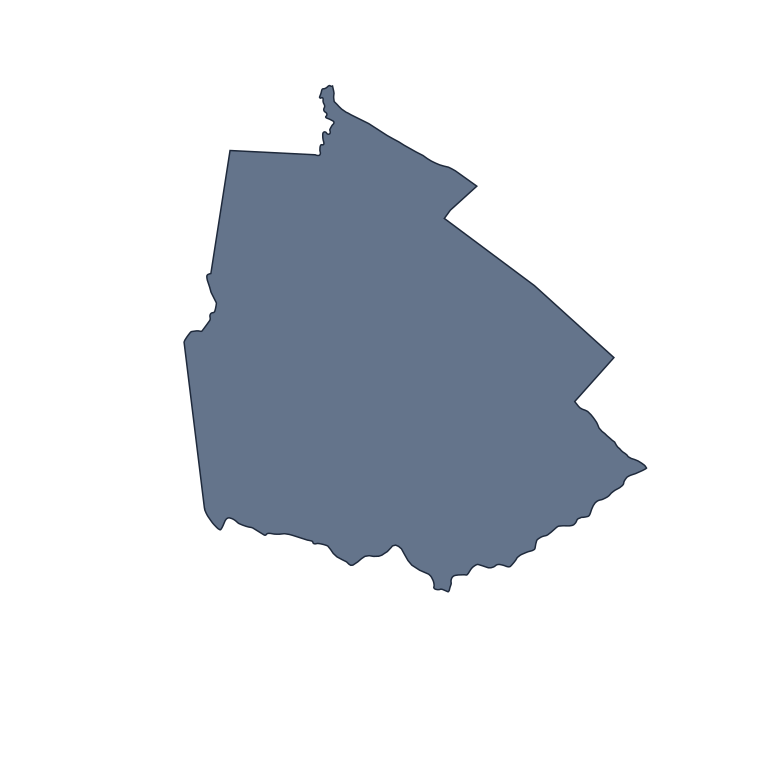 Valladolid, Lempira, Honduras (Robinson projection), rotated 126°
{"feature_id": "27666195B50240677201560", "entity_name": "Valladolid", "entity_type": "district", "adm_level": 2, "iso_a3": "HND", "parent_name": "Honduras", "parent_adm1": "Lempira", "projection": "robinson", "projection_center": [-88.707, 14.154], "detail": "fine", "context": "isolated", "style": "filled", "palette": "slate", "viewbox_px": 768, "rotation_deg": 126, "n_neighbors": 0, "source": "geoboundaries", "source_scale": "gbopen_adm2", "svg_char_len": 6171}
<svg xmlns="http://www.w3.org/2000/svg" viewBox="0 0 768 768"><g transform="rotate(126 384 384)"><path d="M591.1,455.2L593.0,452.0L594.2,449.6L594.8,448.1L596.7,442.6L597.2,441.0L597.7,438.9L598.4,435.0L598.6,433.1L598.4,431.2L598.3,430.9L598.0,430.6L597.5,430.5L597.1,430.5L595.4,430.6L593.1,431.0L588.3,432.1L587.2,432.2L586.1,432.2L584.9,431.9L583.9,431.3L583.6,431.0L583.2,430.5L582.8,429.5L582.2,427.6L581.9,425.4L581.9,423.5L582.2,420.6L582.2,419.6L582.0,418.6L581.3,415.6L580.2,411.9L579.2,409.3L578.0,406.9L577.6,405.5L576.6,392.2L576.5,391.8L576.2,391.3L575.8,390.9L575.4,390.8L574.4,390.7L573.7,390.5L573.1,390.1L572.6,389.5L571.6,388.0L570.0,384.7L568.7,382.7L566.8,380.1L563.9,376.9L563.3,376.0L562.7,374.8L561.4,372.3L560.1,368.8L555.3,354.2L554.8,353.2L554.0,351.4L553.5,350.2L553.5,349.6L553.5,349.2L553.7,348.7L554.2,348.1L554.4,347.6L554.4,347.1L554.3,346.6L553.7,345.6L552.1,344.1L551.3,342.8L550.5,341.2L549.4,338.6L548.5,336.0L548.1,334.3L548.2,333.9L549.3,329.9L550.9,325.5L551.5,320.5L550.7,314.5L549.9,309.8L550.4,306.3L550.2,304.3L548.8,302.7L543.4,300.7L538.4,299.5L534.6,298.1L531.6,295.1L529.6,291.1L526.4,287.0L523.7,285.1L521.4,284.3L517.6,282.8L512.0,282.1L510.0,282.0L507.5,279.9L506.8,276.8L507.1,273.0L509.8,267.3L512.7,260.9L514.2,255.0L513.7,245.6L511.6,236.1L511.9,233.6L512.3,232.3L513.1,230.7L514.0,229.0L514.8,227.8L515.9,226.5L517.3,225.2L518.0,224.7L518.8,224.4L519.4,224.1L519.7,223.6L519.9,223.0L519.9,222.2L519.7,221.5L519.0,219.9L518.2,218.8L517.6,218.2L516.6,217.5L516.2,216.8L515.8,215.9L515.1,212.9L514.6,210.6L514.5,210.2L514.4,210.0L514.0,209.8L513.7,209.8L512.6,209.9L509.9,211.0L507.3,211.8L506.2,212.2L505.6,212.6L504.7,213.4L504.0,214.0L502.6,214.7L501.1,215.1L500.3,215.2L499.6,215.1L498.6,214.9L497.7,214.4L496.9,213.8L496.1,213.0L494.7,211.5L491.8,207.8L491.0,206.7L490.2,205.2L489.9,204.9L489.6,204.7L489.2,204.6L487.6,204.5L482.9,204.8L481.1,204.7L479.5,204.4L477.7,203.8L476.5,203.3L475.5,202.7L474.9,202.2L474.5,201.3L473.2,197.5L471.6,192.3L471.3,191.5L470.8,190.8L470.1,189.8L469.5,189.2L467.6,187.8L466.5,187.3L464.7,186.8L464.2,186.6L463.6,186.2L462.8,185.4L462.3,184.8L461.8,183.9L460.9,181.9L460.2,180.0L459.6,177.7L459.2,176.7L458.8,175.9L458.4,175.4L457.9,174.9L457.4,174.6L456.9,174.5L455.6,174.3L452.1,174.0L449.2,173.9L446.1,174.2L444.3,173.7L442.5,173.2L441.0,172.5L437.0,170.1L435.1,168.9L433.0,167.2L431.6,166.1L430.6,165.6L429.4,165.1L428.7,165.1L427.8,165.4L424.2,167.2L421.0,168.4L419.9,168.5L418.1,168.0L415.9,167.1L414.6,166.4L413.2,165.4L411.4,163.8L410.6,163.3L409.8,162.9L405.7,161.7L398.9,160.2L397.9,159.9L396.9,159.5L396.3,159.1L393.7,156.1L392.4,154.3L390.6,151.7L389.6,150.4L388.5,149.3L387.5,148.4L386.4,147.8L384.7,147.5L383.5,147.4L382.6,147.5L380.7,147.9L380.2,148.0L379.5,147.9L378.6,147.6L376.8,146.4L375.9,146.0L374.6,144.3L373.1,142.8L371.3,141.2L370.5,140.8L369.6,140.7L368.6,140.8L367.0,141.2L363.2,142.4L359.4,143.2L356.8,143.3L356.0,143.3L355.1,143.1L353.6,142.7L352.3,142.1L351.2,141.3L349.5,139.8L348.4,139.1L346.2,137.9L344.1,136.9L343.1,136.6L342.0,136.3L339.7,136.1L338.6,136.0L336.1,135.3L334.0,134.6L330.3,132.8L329.1,132.3L327.6,131.9L326.2,131.5L324.8,131.4L324.0,131.5L322.3,132.3L321.0,132.6L319.4,132.7L317.7,132.7L316.6,132.6L315.9,132.4L314.4,131.7L313.1,131.0L311.5,129.9L308.6,127.8L304.1,125.2L301.8,123.9L298.9,122.5L298.3,122.3L297.7,122.2L296.8,124.6L296.6,125.9L296.6,129.0L296.9,133.2L297.8,136.9L298.9,140.2L299.3,143.7L298.6,145.9L298.5,148.2L298.6,150.9L298.4,152.9L298.0,154.5L297.8,155.7L297.7,157.6L297.0,159.9L295.4,163.3L295.4,166.2L295.1,169.0L294.8,173.0L294.3,176.3L294.2,179.8L293.2,184.2L291.5,186.9L290.2,189.2L289.1,192.1L288.2,194.8L287.2,198.4L286.5,203.1L286.9,205.6L287.8,208.7L288.1,211.5L287.7,213.7L286.1,219.4L227.5,213.5L216.0,320.0L214.6,432.5L204.4,432.5L169.4,425.2L169.6,451.6L170.1,455.9L170.7,459.3L172.5,463.6L174.0,467.8L175.0,472.1L175.8,476.6L176.2,481.5L176.2,486.7L177.4,494.3L179.0,508.0L179.4,514.3L180.3,520.8L181.1,527.6L182.3,549.4L185.6,568.9L186.0,572.6L186.4,574.3L186.5,579.9L186.0,583.4L185.4,586.3L184.8,590.3L182.1,592.9L180.7,593.9L178.2,595.3L176.5,597.0L173.2,600.8L173.7,601.1L174.1,601.5L174.3,602.0L174.4,603.0L174.6,603.5L174.9,603.8L175.8,604.2L177.7,604.6L179.0,605.1L180.1,605.8L181.2,607.0L181.7,607.2L182.2,607.2L182.8,607.1L186.0,605.8L189.7,604.8L190.0,604.6L190.1,604.3L190.2,603.7L189.9,603.2L189.1,602.8L188.7,602.4L188.6,602.0L188.6,601.7L188.9,601.1L189.5,600.5L190.6,599.9L191.4,599.2L192.2,598.2L193.3,596.1L194.1,595.3L195.0,594.8L196.2,594.6L196.8,594.4L197.4,594.1L197.9,593.6L198.3,593.0L198.5,592.4L198.6,591.9L198.5,590.8L198.6,590.0L198.9,589.3L199.4,588.7L199.9,588.4L200.4,588.2L200.8,588.1L201.6,588.3L201.9,588.3L202.3,588.1L202.5,587.8L202.6,587.3L202.5,586.5L201.7,583.4L201.3,580.4L201.2,579.4L201.3,579.0L201.5,578.6L201.9,578.2L202.4,577.9L203.0,577.8L203.8,577.8L204.7,578.0L205.4,578.0L207.5,577.8L209.9,577.4L210.5,577.0L211.3,576.0L212.0,575.4L212.7,575.1L213.5,575.0L213.9,575.2L214.4,575.5L214.7,575.9L214.9,576.4L215.0,577.0L214.9,577.4L214.6,578.4L214.5,578.9L214.6,579.5L214.8,580.0L215.1,580.4L215.5,580.7L216.1,580.9L216.6,580.9L217.3,580.7L218.5,580.0L220.8,578.2L222.4,576.6L223.9,574.7L224.4,574.3L225.0,573.8L225.6,573.7L226.1,573.8L226.5,574.1L226.9,574.9L227.3,575.4L227.9,575.6L228.5,575.5L229.2,575.3L230.1,574.9L232.1,573.6L232.9,573.0L234.2,571.5L235.0,570.9L235.9,570.6L236.3,570.6L236.8,570.7L237.2,570.9L237.6,571.3L238.2,572.1L238.7,573.2L239.0,574.4L285.6,645.8L396.4,589.0L397.6,590.0L399.1,590.9L399.9,591.0L400.8,590.8L401.7,590.1L402.4,589.5L403.9,587.9L408.2,581.9L411.4,577.9L412.0,576.8L416.9,567.3L417.1,567.1L419.1,566.0L422.1,564.6L424.2,563.8L425.0,563.6L425.4,563.6L425.9,563.7L426.4,563.9L427.4,564.9L427.9,565.2L428.7,565.5L429.5,565.5L430.4,565.3L431.2,564.9L431.8,564.4L432.7,563.5L433.4,562.9L434.3,562.5L435.0,562.3L442.0,562.3L448.0,562.4L448.6,562.6L449.0,563.0L450.1,565.3L450.7,566.2L451.3,567.0L454.4,570.2L455.0,570.7L455.7,570.9L456.4,571.0L459.1,571.1L462.0,571.1L465.4,570.9L466.8,570.6L467.7,570.3L590.1,456.2L590.3,455.7L590.6,455.4L591.1,455.2Z" fill="#64748b" stroke="#1e293b" stroke-width="1.5"/></g></svg>